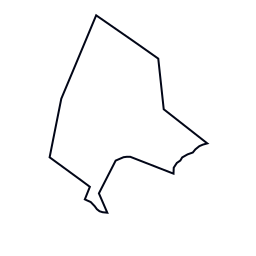 outline of São Gonçalo do Piauí, Piauí, Brazil, rotated 296°
{"feature_id": "56859067B82195186929840", "entity_name": "São Gonçalo do Piauí", "entity_type": "district", "adm_level": 2, "iso_a3": "BRA", "parent_name": "Brazil", "parent_adm1": "Piauí", "projection": "orthographic", "projection_center": [-42.679, -6.018], "detail": "fine", "context": "isolated", "style": "outline", "palette": "ink", "viewbox_px": 256, "rotation_deg": 296, "n_neighbors": 0, "source": "geoboundaries", "source_scale": "gbopen_adm2", "svg_char_len": 552}
<svg xmlns="http://www.w3.org/2000/svg" viewBox="0 0 256 256"><g transform="rotate(296 128 128)"><path d="M98.8,62.1L67.3,70.4L60.1,110.6L58.4,119.5L44.9,120.5L45.1,127.0L43.1,132.4L41.4,135.6L40.7,138.9L41.2,142.2L42.8,146.5L56.5,130.5L93.3,131.2L99.8,136.8L101.7,139.7L103.1,142.6L106.9,188.9L112.4,186.5L118.0,187.2L121.7,189.3L125.3,189.6L130.4,193.1L134.4,197.0L138.3,197.9L143.0,200.1L146.0,202.7L148.9,206.0L160.5,151.9L203.6,124.8L208.4,95.1L215.3,50.0L153.6,53.6L125.1,55.2L98.8,62.1Z" fill="none" stroke="#020617" stroke-width="2"/></g></svg>